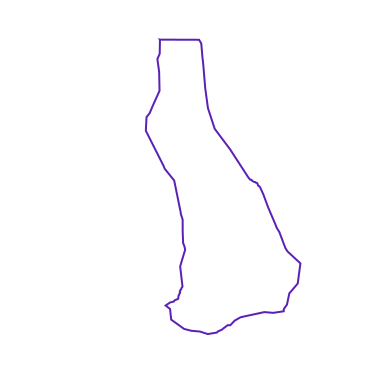 the district of Bayandalai, Ömnögovi, Mongolia, rotated 151°
{"feature_id": "93677404B14940221514499", "entity_name": "Bayandalai", "entity_type": "district", "adm_level": 2, "iso_a3": "MNG", "parent_name": "Mongolia", "parent_adm1": "Ömnögovi", "projection": "albers", "projection_center": [103.4, 42.947], "detail": "fine", "context": "isolated", "style": "outline", "palette": "violet", "viewbox_px": 384, "rotation_deg": 151, "n_neighbors": 0, "source": "geoboundaries", "source_scale": "gbopen_adm2", "svg_char_len": 2274}
<svg xmlns="http://www.w3.org/2000/svg" viewBox="0 0 384 384"><g transform="rotate(151 192 192)"><path d="M247.1,60.1L238.3,57.0L237.0,57.5L232.8,57.1L230.5,57.5L225.4,58.2L223.1,56.9L217.1,58.8L210.3,58.9L206.8,57.9L187.0,51.9L179.5,46.9L169.6,43.2L168.6,44.9L167.3,45.7L163.5,47.5L156.0,56.2L153.7,57.0L143.9,60.7L131.8,77.0L137.3,93.8L137.5,97.8L135.0,114.8L135.3,119.4L134.8,122.9L132.9,141.3L130.8,155.2L130.2,162.5L130.2,163.4L130.2,163.7L130.2,164.0L130.4,164.3L130.5,164.5L130.7,164.8L130.8,165.2L131.0,165.4L131.0,165.6L130.9,165.9L130.9,166.1L130.9,166.4L130.9,166.5L130.8,167.0L130.7,167.4L130.7,167.6L130.7,167.9L130.7,168.2L130.8,168.4L131.0,168.5L131.4,168.9L131.6,169.1L131.7,169.5L131.8,169.7L131.8,169.9L132.0,170.1L132.5,170.4L132.7,170.6L132.9,170.8L133.1,171.1L133.3,171.6L133.5,171.9L133.7,172.1L133.8,172.3L133.9,172.5L133.9,172.9L134.0,173.4L134.2,173.7L134.3,174.0L134.6,174.3L134.8,174.4L135.2,174.6L135.7,177.8L138.0,210.7L141.5,236.3L137.4,257.6L130.1,276.4L120.0,298.8L117.4,305.1L111.9,317.4L112.0,321.7L117.0,324.5L119.0,325.6L120.4,326.4L123.3,328.0L126.9,330.0L134.0,334.0L138.0,336.2L146.1,340.7L146.2,340.8L146.2,340.7L153.2,328.6L157.8,325.1L162.5,313.0L171.3,296.3L184.4,286.5L190.8,281.5L195.5,279.5L202.7,267.9L204.2,228.9L204.6,225.5L202.0,210.7L211.7,179.9L212.4,178.2L213.6,172.3L219.5,161.6L224.5,151.7L225.0,148.1L225.9,144.9L237.8,133.3L238.5,132.5L246.2,113.8L246.5,113.7L246.9,113.5L247.3,113.4L247.7,113.0L248.0,112.8L248.3,112.5L248.6,112.2L248.8,112.1L249.3,112.0L249.7,112.0L249.8,111.9L250.0,111.5L250.1,111.3L250.2,111.2L250.3,111.1L250.7,111.0L250.9,110.9L250.9,110.7L251.0,110.6L251.0,110.1L251.2,109.7L251.3,109.6L251.5,109.5L251.8,109.4L252.2,109.2L252.8,108.7L253.0,108.3L253.2,108.2L253.4,108.1L253.8,108.1L254.5,107.2L254.8,106.8L254.9,106.7L255.0,106.6L255.0,106.4L255.2,106.2L255.4,105.9L255.7,105.4L255.8,105.3L256.1,105.2L256.3,105.2L256.5,105.2L256.9,105.3L257.1,105.4L257.5,105.5L257.9,105.5L258.2,105.5L258.5,105.5L258.8,105.5L259.0,105.6L259.3,105.6L259.7,105.6L260.0,105.6L260.4,105.4L260.6,105.2L260.8,105.1L261.1,105.0L261.4,105.1L261.8,105.2L264.6,106.0L270.1,105.5L267.9,100.3L272.1,90.5L265.3,76.1L260.0,71.1L259.8,70.9L252.7,66.1L247.1,60.1Z" fill="none" stroke="#5b21b6" stroke-width="2"/></g></svg>